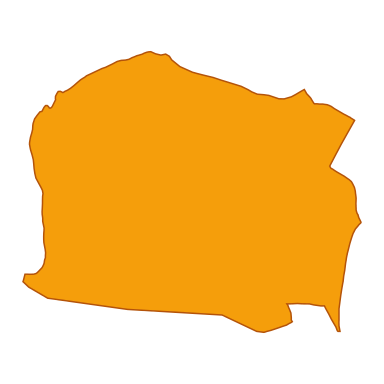 outline of Reduit, Gros Islet, Saint Lucia
{"feature_id": "8701671B96547889187506", "entity_name": "Reduit", "entity_type": "district", "adm_level": 2, "iso_a3": "LCA", "parent_name": "Saint Lucia", "parent_adm1": "Gros Islet", "projection": "orthographic", "projection_center": [-60.961, 14.069], "detail": "fine", "context": "isolated", "style": "filled", "palette": "amber", "viewbox_px": 384, "rotation_deg": 0, "n_neighbors": 0, "source": "geoboundaries", "source_scale": "gbopen_adm2", "svg_char_len": 3489}
<svg xmlns="http://www.w3.org/2000/svg" viewBox="0 0 384 384"><path d="M304.3,89.5L302.7,90.4L300.9,91.4L295.5,94.6L291.4,96.8L284.2,98.9L278.9,98.8L268.8,95.4L263.6,94.7L257.3,94.2L251.8,91.9L248.1,89.7L241.1,86.3L233.0,83.8L228.5,82.4L221.6,80.3L213.2,77.5L203.3,75.1L196.3,73.3L194.2,72.7L192.6,72.3L179.9,66.6L171.7,59.9L169.4,56.3L165.7,54.1L160.9,55.1L155.5,53.8L150.8,51.7L148.4,51.9L146.6,52.3L143.9,53.3L142.2,54.2L140.4,54.7L138.9,55.2L136.9,55.7L134.4,56.8L132.2,57.6L129.0,59.3L125.4,60.1L121.1,60.4L117.1,61.5L112.6,63.9L109.9,65.2L106.4,66.9L105.6,67.3L102.0,68.5L98.2,70.3L94.6,72.0L90.8,73.8L86.5,75.8L84.5,77.4L82.9,78.3L80.6,79.8L77.3,82.6L73.8,85.7L70.5,88.3L67.5,90.2L64.6,91.5L63.4,92.4L62.5,92.5L62.0,92.1L60.2,91.3L58.2,91.5L56.9,93.5L55.5,96.3L55.4,98.7L55.6,99.7L52.2,106.6L51.2,107.7L50.1,108.2L49.2,107.8L48.4,106.5L47.1,105.5L45.5,105.6L44.0,107.4L42.5,110.3L41.9,111.4L40.5,111.7L39.9,111.9L37.0,115.5L34.6,118.9L33.1,123.5L32.8,125.6L32.6,129.4L31.8,132.8L30.5,137.2L29.6,142.3L29.5,144.3L29.6,144.8L30.1,147.6L30.6,150.0L32.1,154.9L33.3,159.7L33.7,163.6L34.1,168.4L34.8,173.2L35.9,178.0L38.1,182.1L41.3,188.0L42.4,190.3L43.0,193.6L42.6,196.3L42.5,200.0L42.5,203.4L42.3,208.0L42.1,211.7L42.2,214.6L42.4,215.8L42.7,218.3L42.7,221.2L43.2,223.8L44.0,227.6L44.1,228.1L44.0,230.8L43.8,233.0L43.7,236.1L43.7,239.5L43.9,242.7L44.5,245.9L45.2,249.5L45.6,252.8L45.4,255.7L45.4,257.7L44.6,260.0L44.1,263.3L43.3,265.3L42.1,267.6L40.5,269.3L38.8,271.1L37.3,272.6L36.1,273.5L33.7,274.2L29.8,274.3L27.0,274.2L25.0,274.2L24.0,278.1L23.7,279.3L23.2,281.1L23.0,281.7L23.9,282.5L28.7,287.1L47.7,298.2L127.5,309.4L222.1,315.0L256.7,331.4L263.7,332.3L264.8,332.1L266.9,331.4L270.8,330.4L275.6,328.8L279.7,327.4L282.5,326.4L286.5,325.1L288.0,324.2L288.6,323.8L291.2,322.5L292.3,321.7L291.3,320.0L291.3,317.6L290.9,313.0L289.3,309.0L288.8,308.0L287.8,305.2L286.9,303.9L291.8,303.8L297.4,303.5L302.1,303.8L309.5,303.9L313.7,304.9L320.8,305.9L324.4,305.9L325.8,308.7L328.8,314.1L331.3,319.1L335.9,327.0L337.3,330.7L338.0,331.4L340.0,331.4L339.0,325.9L338.9,322.2L339.0,320.0L339.0,315.6L339.0,311.0L339.0,308.8L340.8,295.0L341.4,291.2L341.8,288.6L342.5,284.6L342.8,282.9L343.1,281.5L343.7,276.0L344.0,274.3L344.7,270.5L345.6,263.1L346.1,260.3L346.4,258.1L346.8,255.9L347.2,254.3L347.3,253.5L348.4,249.3L349.8,243.6L350.4,241.6L351.9,236.8L353.1,233.4L353.8,232.1L355.3,229.1L357.2,226.8L355.8,228.5L357.6,226.4L359.0,224.6L360.8,222.9L361.0,222.2L360.1,220.3L359.1,218.3L358.5,216.9L358.5,216.5L358.2,215.8L358.1,215.0L357.1,213.4L356.4,211.2L356.1,209.8L356.1,208.4L356.0,206.5L356.0,205.4L355.9,203.8L356.0,201.6L356.1,198.4L356.0,197.1L355.7,194.7L355.5,193.4L355.3,191.2L354.9,189.4L354.4,187.4L354.1,186.8L352.9,184.3L352.2,183.0L351.3,181.5L350.9,181.2L349.1,179.6L347.3,178.4L344.2,176.2L342.8,175.4L337.1,172.1L335.5,171.1L333.4,169.7L332.5,169.0L332.1,168.9L331.2,168.5L330.9,168.1L330.5,167.6L330.2,167.1L330.0,166.5L329.7,166.1L336.6,152.9L337.0,152.2L339.8,146.9L341.4,143.9L347.4,133.2L354.6,120.4L354.3,120.1L353.8,119.9L352.8,119.2L351.1,118.2L350.0,117.3L348.8,116.8L346.3,115.4L343.7,114.1L341.5,112.8L338.6,111.1L334.3,108.6L332.5,107.3L331.2,106.4L330.5,106.1L329.3,105.5L327.1,104.7L324.1,104.3L322.9,104.1L320.9,104.1L319.6,104.1L318.0,103.9L316.5,103.8L315.4,103.8L314.8,103.9L313.9,103.4L313.7,103.0L312.9,101.8L311.5,99.5L311.3,99.1L310.9,98.4L310.3,97.6L309.3,96.5L306.5,93.5L306.2,92.8L304.3,89.5Z" fill="#f59e0b" stroke="#b45309" stroke-width="1.5"/></svg>